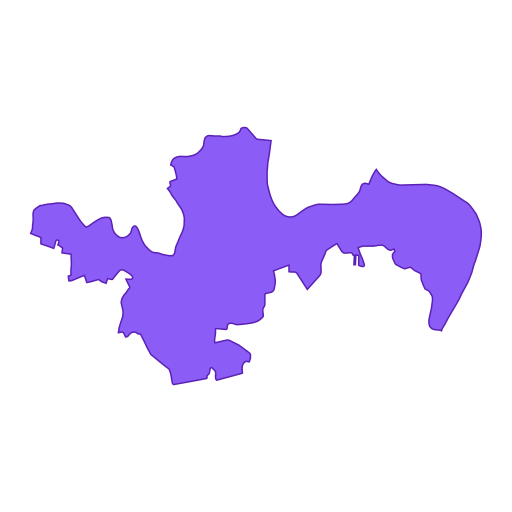 My Loc, Nam Định, Vietnam (Natural Earth projection)
{"feature_id": "81297802B55456276640785", "entity_name": "My Loc", "entity_type": "district", "adm_level": 2, "iso_a3": "VNM", "parent_name": "Vietnam", "parent_adm1": "Nam Định", "projection": "natural_earth1", "projection_center": [106.125, 20.455], "detail": "fine", "context": "isolated", "style": "filled", "palette": "violet", "viewbox_px": 512, "rotation_deg": 0, "n_neighbors": 0, "source": "geoboundaries", "source_scale": "gbopen_adm2", "svg_char_len": 6068}
<svg xmlns="http://www.w3.org/2000/svg" viewBox="0 0 512 512"><path d="M30.7,233.5L40.9,237.5L40.9,243.3L41.0,243.9L49.5,246.8L53.7,248.4L54.5,246.0L55.7,241.5L56.3,240.1L57.2,240.0L58.5,240.4L58.9,241.0L58.9,241.9L57.9,244.9L59.9,246.0L62.7,248.2L62.2,250.6L62.0,252.9L71.1,254.2L71.4,264.8L71.0,268.5L70.9,274.8L70.8,275.2L70.2,275.5L68.3,276.1L68.7,279.7L68.9,280.7L69.1,281.0L71.7,280.6L74.0,279.7L81.2,276.6L84.4,275.5L86.8,282.5L90.0,281.9L98.6,279.5L101.6,281.7L106.1,283.3L107.6,278.6L110.7,279.3L111.9,279.5L112.6,279.3L115.4,275.6L117.8,272.7L119.9,270.4L120.6,270.0L122.0,269.8L123.8,270.2L128.6,273.1L130.5,274.4L131.6,275.6L132.6,277.0L132.8,278.0L132.4,278.6L131.2,279.2L130.5,279.3L125.9,279.1L129.6,286.7L129.8,287.4L129.7,288.0L128.5,289.0L126.3,292.4L124.0,295.0L122.3,297.9L121.5,300.3L121.2,302.2L121.3,303.3L123.0,310.7L123.0,313.7L122.6,316.8L119.8,325.4L119.0,328.5L118.4,332.7L121.4,332.1L122.6,332.2L123.3,332.5L123.7,333.0L125.6,337.0L126.8,336.8L127.6,336.5L130.2,333.6L132.1,332.3L134.7,332.1L136.2,332.5L138.0,333.9L140.4,334.1L143.4,339.7L147.4,348.1L150.9,354.5L163.8,365.1L169.1,369.1L170.2,372.0L171.1,375.7L172.3,383.0L173.1,384.2L173.5,384.5L173.9,384.5L189.5,381.7L206.5,378.5L206.9,378.2L207.0,377.9L207.0,376.1L207.2,375.7L208.5,374.3L209.3,373.2L210.2,368.4L210.5,368.0L211.2,367.7L212.2,367.9L215.4,371.4L215.7,373.0L215.5,376.8L215.7,378.6L215.9,379.3L216.7,380.2L242.4,373.2L242.1,368.7L242.3,365.8L242.7,364.9L243.5,363.3L244.1,362.6L245.7,361.5L247.1,361.4L249.2,361.9L250.4,358.6L250.5,354.6L250.2,353.9L249.6,353.1L248.6,352.3L238.9,345.1L229.0,340.2L227.9,340.0L227.1,340.0L214.8,342.8L214.6,340.7L214.7,338.7L215.5,333.5L215.5,329.5L215.6,328.7L218.0,328.7L226.0,329.5L226.4,329.3L227.0,328.7L227.4,325.5L227.9,324.5L229.3,323.4L230.0,323.2L231.9,323.3L233.5,323.6L235.4,324.4L237.5,324.7L244.6,324.0L249.2,323.4L253.3,322.7L257.1,321.4L259.4,320.1L261.7,318.2L262.8,317.0L263.2,316.3L263.3,315.4L262.8,311.1L262.8,309.4L263.1,308.5L264.6,305.7L264.8,304.7L264.9,303.5L264.9,294.5L265.1,294.0L265.5,293.6L271.3,292.2L272.5,291.6L273.6,290.4L274.0,289.5L274.3,288.3L275.1,283.9L275.3,280.5L274.6,275.6L273.5,270.7L274.3,270.6L277.0,269.5L288.9,265.1L289.0,265.9L289.0,271.7L289.8,271.9L295.2,272.1L296.5,272.8L297.4,274.0L307.3,289.4L318.5,277.0L320.3,274.8L320.9,273.2L321.1,271.9L320.9,264.0L321.6,261.6L325.1,253.6L325.8,251.5L326.2,250.8L327.0,249.9L333.6,245.6L337.0,243.6L341.4,250.9L342.8,252.4L343.9,253.0L345.3,253.1L350.3,252.7L351.6,252.8L351.9,252.9L352.7,254.6L353.2,255.2L354.4,255.2L353.9,264.7L355.4,264.7L355.9,255.2L358.7,255.3L358.7,265.2L358.9,265.5L362.1,266.5L363.2,266.5L363.7,266.4L364.1,265.9L364.4,264.7L362.6,259.3L360.1,253.5L358.1,247.7L360.9,246.7L363.1,246.1L373.8,246.1L378.7,245.3L381.5,245.1L382.5,245.2L384.1,246.0L388.0,249.4L389.5,250.1L391.1,250.2L393.7,249.1L394.0,249.1L394.9,251.5L393.7,252.5L392.6,254.3L392.4,256.4L392.8,258.6L393.2,259.5L395.2,263.7L395.7,264.3L396.8,265.0L401.8,267.6L404.4,268.7L404.8,268.8L408.5,267.6L410.7,267.4L411.6,268.0L413.9,270.0L414.9,270.7L419.6,273.0L420.8,273.9L421.0,274.7L421.1,278.0L421.4,280.3L423.7,286.0L425.0,288.9L429.0,291.1L430.9,293.9L432.2,296.4L432.4,297.5L432.5,300.2L431.5,307.9L429.3,317.8L428.9,320.2L429.0,323.1L429.2,324.9L429.7,326.3L430.6,327.5L432.2,328.9L434.8,329.7L440.9,330.3L441.5,330.8L442.2,328.6L445.0,324.0L448.5,317.4L458.6,300.2L461.6,293.9L467.7,282.6L469.6,278.1L471.8,272.5L474.1,264.1L475.4,260.9L479.1,249.1L480.0,245.8L480.6,242.0L481.2,236.7L481.3,233.0L481.2,230.1L480.8,227.6L479.8,223.1L479.1,221.0L476.1,213.9L472.8,209.2L469.4,204.8L467.5,203.1L452.6,193.3L445.0,188.9L440.9,187.0L436.9,185.7L432.8,185.1L425.9,184.4L400.1,185.1L397.6,184.7L392.3,183.5L389.7,182.5L387.2,180.9L381.3,175.8L378.6,172.8L376.3,169.4L375.3,170.7L372.5,175.5L369.5,182.4L369.0,184.2L365.4,183.3L364.4,183.4L363.6,183.6L362.4,184.3L361.5,185.5L360.9,186.8L359.9,190.4L359.1,192.1L357.8,193.8L351.7,200.9L350.0,202.3L348.8,203.0L346.7,203.7L344.1,204.1L340.0,204.3L333.2,204.5L318.4,204.2L314.6,205.1L308.1,207.3L306.2,208.3L304.3,209.5L296.8,214.9L294.9,216.0L292.9,216.7L291.1,217.0L287.8,216.8L284.5,215.6L282.8,214.5L279.0,211.0L275.4,206.4L273.8,203.9L271.9,199.9L270.9,197.2L269.7,193.6L267.7,185.8L267.3,183.4L267.1,178.7L267.1,171.9L267.6,165.9L267.8,163.1L269.4,153.4L271.1,140.6L258.0,139.3L256.5,139.0L247.0,128.1L245.3,127.5L243.0,127.6L241.1,128.4L240.0,131.0L239.6,131.7L238.1,133.1L235.5,134.5L232.7,135.5L231.2,135.9L227.6,136.4L223.7,136.6L221.9,136.5L220.2,136.0L214.5,136.0L210.1,135.6L208.2,135.6L207.1,136.1L205.5,137.3L205.1,137.9L204.3,140.2L203.6,145.1L203.4,145.9L202.8,147.0L202.0,148.4L200.5,150.3L197.3,153.4L195.5,154.4L192.2,155.7L186.1,156.7L185.1,156.5L179.8,156.4L176.5,157.1L175.6,157.5L174.1,158.4L173.4,159.0L172.4,160.3L171.3,162.7L170.7,165.0L173.2,166.3L173.9,166.9L174.3,167.6L175.1,170.3L176.5,176.0L176.8,179.0L170.0,181.6L170.0,183.2L170.7,185.8L168.5,187.8L167.4,188.4L170.3,192.3L171.7,195.0L173.3,197.3L175.8,200.3L177.5,203.2L181.7,209.5L183.2,213.2L183.8,215.3L184.3,217.9L184.3,219.7L184.1,225.5L183.3,228.9L182.3,231.9L180.1,236.5L175.7,247.1L174.8,252.2L174.4,253.6L173.0,255.3L172.5,255.7L169.0,255.7L163.5,254.7L157.9,252.9L154.6,252.7L152.8,252.3L151.1,251.4L148.8,249.5L145.5,246.1L144.7,245.1L142.1,240.5L140.7,236.8L138.9,231.3L138.1,229.5L136.7,227.2L135.7,226.2L135.2,226.0L134.3,226.0L133.8,226.2L132.8,227.1L132.0,228.4L131.2,231.3L130.5,233.2L128.5,235.3L126.5,236.8L124.3,237.5L122.8,237.7L120.7,237.6L119.1,237.0L116.5,235.1L114.6,232.9L113.9,231.8L113.0,229.9L112.7,229.1L112.0,224.5L111.0,220.0L110.3,218.7L109.7,218.0L109.1,217.6L108.2,217.4L105.4,217.3L104.1,217.4L101.3,218.1L98.4,219.5L93.5,222.6L88.8,226.0L86.9,226.9L86.0,226.9L85.5,226.7L84.1,225.4L81.0,221.8L78.2,217.7L71.7,207.5L70.4,206.1L69.0,205.2L63.8,203.3L58.8,203.0L56.4,203.1L51.1,203.9L48.1,204.1L44.2,204.8L41.5,205.6L40.3,205.4L36.1,208.2L34.0,210.1L33.3,212.0L33.0,214.4L33.2,218.9L33.0,222.4L32.6,225.0L32.4,229.0L30.7,233.5Z" fill="#8b5cf6" stroke="#5b21b6" stroke-width="1.5"/></svg>